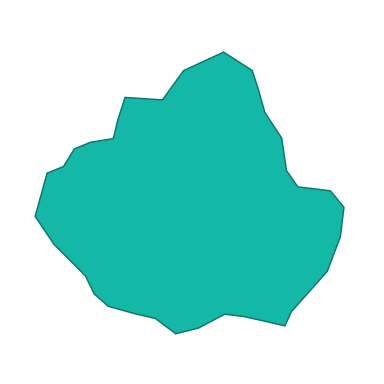 the district of Suwon-si, Gyeonggi, South Korea, rotated 7°
{"feature_id": "91817680B43312282385471", "entity_name": "Suwon-si", "entity_type": "district", "adm_level": 2, "iso_a3": "KOR", "parent_name": "South Korea", "parent_adm1": "Gyeonggi", "projection": "robinson", "projection_center": [127.011, 37.279], "detail": "fine", "context": "isolated", "style": "filled", "palette": "teal", "viewbox_px": 384, "rotation_deg": 7, "n_neighbors": 0, "source": "geoboundaries", "source_scale": "gbopen_adm2", "svg_char_len": 576}
<svg xmlns="http://www.w3.org/2000/svg" viewBox="0 0 384 384"><g transform="rotate(7 192 192)"><path d="M206.3,49.3L168.9,72.5L151.4,104.2L114.0,106.3L109.6,129.6L107.4,148.6L85.5,154.9L70.1,163.4L67.4,169.2L61.3,182.4L45.9,190.9L39.3,235.3L61.3,260.7L96.4,288.2L107.4,305.1L122.8,315.7L151.3,319.9L171.1,322.0L193.1,334.7L215.1,326.2L239.3,309.3L259.0,309.3L300.6,313.5L305.2,298.7L335.9,254.3L344.7,218.4L344.7,188.8L329.3,174.0L296.4,174.0L283.2,159.2L274.4,127.5L254.6,104.2L245.8,83.1L237.0,64.1L206.3,49.3Z" fill="#14b8a6" stroke="#0f766e" stroke-width="1.5"/></g></svg>